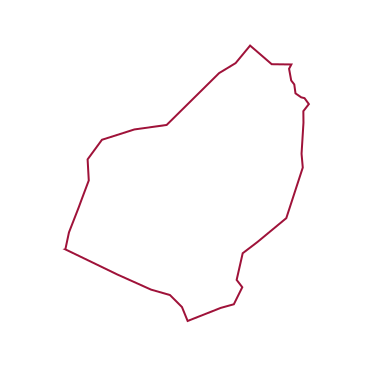 Delgerxaan, Töv, Mongolia, rotated 72°
{"feature_id": "93677404B23816773635659", "entity_name": "Delgerxaan", "entity_type": "district", "adm_level": 2, "iso_a3": "MNG", "parent_name": "Mongolia", "parent_adm1": "Töv", "projection": "mercator", "projection_center": [104.591, 46.68], "detail": "fine", "context": "isolated", "style": "outline", "palette": "rose", "viewbox_px": 384, "rotation_deg": 72, "n_neighbors": 0, "source": "geoboundaries", "source_scale": "gbopen_adm2", "svg_char_len": 662}
<svg xmlns="http://www.w3.org/2000/svg" viewBox="0 0 384 384"><g transform="rotate(72 192 192)"><path d="M207.3,330.2L207.3,330.3L247.3,288.6L272.2,261.1L283.2,244.8L298.3,237.1L313.3,236.0L312.5,223.0L311.1,200.6L311.7,186.9L298.1,173.6L289.4,176.7L265.9,162.7L259.8,145.3L246.0,110.4L203.0,79.1L189.5,76.0L160.6,64.6L149.5,61.1L144.5,53.7L137.5,56.0L135.7,58.9L130.2,63.1L121.3,61.5L116.6,63.2L104.8,61.6L101.5,58.2L101.4,58.1L95.1,76.7L70.7,91.5L82.9,110.7L87.3,129.5L120.4,195.4L114.7,227.5L114.5,261.5L128.7,281.2L149.1,286.6L165.4,299.6L171.5,304.4L175.8,307.9L192.4,321.5L207.3,330.1L207.3,330.2Z" fill="none" stroke="#9f1239" stroke-width="2"/></g></svg>